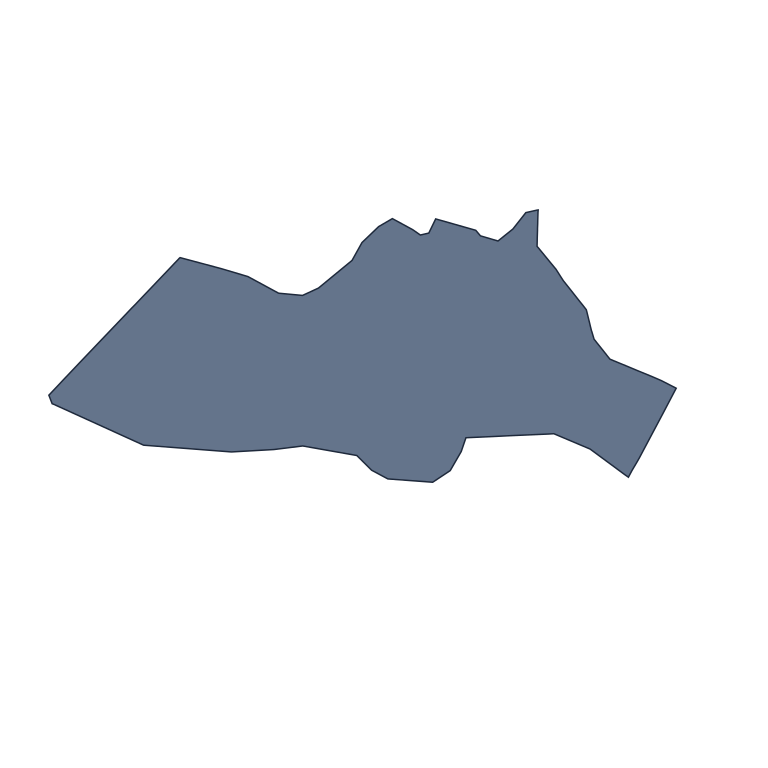 Wasat Jabal Marrah, Central Darfur, Sudan (Albers equal-area conic projection), rotated 311°
{"feature_id": "16777658B31401746790002", "entity_name": "Wasat Jabal Marrah", "entity_type": "district", "adm_level": 2, "iso_a3": "SDN", "parent_name": "Sudan", "parent_adm1": "Central Darfur", "projection": "albers", "projection_center": [24.33, 13.123], "detail": "fine", "context": "isolated", "style": "filled", "palette": "slate", "viewbox_px": 768, "rotation_deg": 311, "n_neighbors": 0, "source": "geoboundaries", "source_scale": "gbopen_adm2", "svg_char_len": 1755}
<svg xmlns="http://www.w3.org/2000/svg" viewBox="0 0 768 768"><g transform="rotate(311 384 384)"><path d="M474.0,629.6L474.5,629.5L481.5,627.9L491.3,626.1L495.8,625.2L544.6,613.9L572.5,607.3L572.3,606.4L568.6,591.4L567.8,588.8L565.7,582.2L560.2,565.9L557.4,557.4L553.4,545.5L552.7,543.3L552.3,542.3L551.8,540.6L551.2,538.9L551.0,538.3L551.3,536.5L551.7,534.2L552.0,532.7L552.2,531.9L552.4,530.6L552.9,528.0L554.2,520.9L554.5,519.2L554.6,518.7L554.8,517.5L555.3,515.1L555.6,513.2L559.3,507.4L560.0,506.3L560.4,505.5L561.9,503.4L563.0,501.8L565.1,498.9L567.7,495.2L571.6,489.7L572.8,487.9L574.0,481.8L574.7,477.8L575.1,475.6L575.6,473.0L577.5,463.0L578.2,459.2L578.4,458.1L579.6,451.6L581.3,445.7L581.5,445.1L583.5,438.3L583.7,436.9L585.4,426.7L586.2,422.0L587.2,416.1L587.3,415.7L587.4,414.7L587.9,412.0L588.1,410.5L588.3,409.2L590.5,407.4L592.2,406.0L594.7,403.9L600.6,399.1L601.4,398.4L602.1,397.8L605.6,395.0L609.2,392.0L610.3,391.1L612.5,389.3L614.7,387.5L616.2,386.4L616.5,386.2L615.9,385.6L606.4,378.6L585.5,379.6L566.7,376.2L559.1,359.6L560.2,352.4L542.5,314.7L527.3,318.8L520.3,313.7L519.3,304.4L514.3,281.8L499.3,276.7L476.3,274.6L456.3,278.8L413.4,271.6L397.4,264.4L383.4,244.9L375.8,210.8L364.3,185.5L345.9,147.8L345.6,147.2L344.9,147.1L344.5,147.0L343.2,147.0L337.7,146.7L332.7,146.5L280.5,144.1L277.3,143.9L276.0,143.8L264.6,143.3L237.0,142.0L200.5,140.3L188.9,139.8L177.8,139.3L169.5,139.0L155.7,138.4L151.4,146.5L152.0,148.1L153.6,153.5L177.4,233.6L180.1,242.7L232.6,313.4L262.3,343.9L283.9,363.3L312.2,410.4L310.8,431.2L314.9,449.2L341.8,485.2L362.1,490.8L383.7,486.6L397.2,481.1L416.5,501.4L426.5,511.8L454.0,540.8L457.9,544.8L470.1,582.2L473.5,624.8L474.0,629.5L474.0,629.6Z" fill="#64748b" stroke="#1e293b" stroke-width="1.5"/></g></svg>